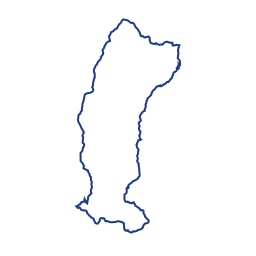 Voineasa, Vâlcea, Romania, rotated 291°
{"feature_id": "2599482B3202377792111", "entity_name": "Voineasa", "entity_type": "district", "adm_level": 2, "iso_a3": "ROU", "parent_name": "Romania", "parent_adm1": "Vâlcea", "projection": "natural_earth1", "projection_center": [23.841, 45.435], "detail": "fine", "context": "isolated", "style": "outline", "palette": "blue", "viewbox_px": 256, "rotation_deg": 291, "n_neighbors": 0, "source": "geoboundaries", "source_scale": "gbopen_adm2", "svg_char_len": 5823}
<svg xmlns="http://www.w3.org/2000/svg" viewBox="0 0 256 256"><g transform="rotate(291 128 128)"><path d="M33.7,171.2L34.9,172.9L36.0,173.6L37.1,174.8L37.4,175.5L37.9,176.1L39.2,177.0L39.4,177.3L39.9,177.2L40.6,177.5L41.5,177.2L44.3,177.8L45.4,178.7L46.1,180.2L47.2,180.8L48.2,180.8L48.6,180.4L49.5,180.1L49.9,178.7L50.8,176.9L51.2,175.8L53.0,174.5L53.7,173.2L54.6,172.7L55.9,172.4L56.3,172.1L56.4,171.8L56.5,170.9L56.3,170.4L55.8,170.0L55.8,169.4L56.2,168.6L56.7,168.2L57.2,167.1L57.2,166.3L57.9,164.0L58.0,163.8L58.1,162.7L59.7,161.2L59.9,160.2L60.6,159.9L60.4,159.6L60.1,159.7L59.6,159.1L59.4,158.5L58.9,158.1L58.9,157.5L59.1,156.9L58.7,156.2L58.9,155.7L58.8,155.0L58.9,154.5L59.2,154.1L58.8,153.6L58.3,152.5L58.3,152.0L59.9,150.4L62.1,149.4L62.8,149.3L63.5,148.9L64.8,148.6L65.5,149.3L66.5,149.7L67.4,149.8L70.1,148.9L70.2,148.7L70.9,148.6L71.2,148.3L71.7,148.5L71.9,149.6L72.3,149.9L73.2,149.6L73.1,148.9L74.2,148.9L75.5,149.2L77.9,150.8L79.3,151.4L80.7,152.2L81.5,153.3L82.0,153.6L83.0,154.5L84.4,155.3L85.8,155.5L86.7,155.9L87.8,155.9L91.0,154.5L91.7,153.9L92.8,153.6L95.7,152.1L97.1,151.1L98.3,151.0L99.3,149.4L100.9,148.2L101.9,148.4L103.1,148.0L105.5,146.4L107.6,146.6L109.6,145.8L111.0,145.8L112.1,144.9L113.2,143.3L115.7,141.8L116.3,142.2L117.3,141.9L118.7,142.2L120.0,142.0L120.5,142.3L120.9,143.5L121.8,144.2L121.9,143.6L125.1,141.1L125.9,141.4L126.7,141.3L127.4,141.4L129.2,140.8L129.7,139.7L131.5,138.4L132.7,138.1L133.9,138.3L135.6,136.7L136.8,136.2L139.1,137.3L139.6,137.3L141.1,136.1L142.1,135.7L142.7,135.0L143.1,134.8L144.4,134.9L145.6,135.2L147.4,135.5L148.4,136.0L150.2,137.5L151.4,136.8L153.1,137.0L154.7,136.9L156.0,136.0L158.5,136.0L159.9,135.8L160.3,135.6L160.6,135.8L163.0,135.7L164.6,136.7L166.5,137.4L167.2,137.8L168.0,137.6L169.0,137.7L170.6,137.6L171.7,137.9L174.5,139.3L176.1,139.6L177.4,140.4L177.6,140.6L177.6,141.1L179.1,142.5L178.7,142.7L179.0,143.1L178.8,143.7L179.3,144.0L179.4,144.6L180.4,144.8L181.2,145.6L181.7,145.8L181.8,146.3L182.1,146.6L182.6,146.8L183.0,147.2L184.3,147.5L185.0,147.9L185.2,148.2L185.2,149.0L187.3,150.0L188.5,150.0L189.5,150.6L189.6,150.8L190.2,150.7L191.0,151.1L192.5,150.7L193.3,151.0L196.2,150.8L197.5,152.0L198.9,152.8L200.6,152.7L201.4,152.0L201.5,152.1L201.2,152.5L201.2,153.0L201.7,152.7L201.9,152.8L201.9,153.0L202.3,152.8L202.4,153.3L202.7,152.8L203.2,153.3L203.4,153.1L203.4,152.8L203.9,153.0L204.3,152.6L204.4,152.8L203.8,153.8L204.4,153.2L205.3,153.1L206.0,152.6L205.7,153.3L205.0,153.6L204.2,154.5L205.1,153.9L206.2,153.8L209.4,152.2L209.9,151.7L210.0,151.2L210.5,150.1L211.1,149.3L212.7,149.0L213.1,148.8L214.9,148.6L216.0,148.2L216.3,147.8L217.3,147.6L218.2,146.9L218.8,146.9L220.1,146.5L224.6,146.2L223.8,146.1L223.5,145.8L223.2,145.2L223.3,144.6L223.0,143.4L222.2,142.6L222.1,141.9L221.0,140.6L221.1,140.1L221.3,139.8L223.2,139.2L223.5,138.7L223.2,137.8L222.7,137.1L222.8,136.1L222.4,135.2L222.7,134.3L222.6,133.6L221.6,132.1L220.6,131.2L218.4,130.5L217.7,128.6L216.9,127.6L217.0,126.8L216.7,125.4L217.2,123.8L216.8,123.2L216.0,123.0L215.4,119.0L215.7,118.4L216.9,117.5L217.2,117.1L218.0,116.7L219.7,116.2L220.8,114.3L219.9,113.2L219.5,112.4L218.5,111.4L218.5,110.9L219.0,109.5L219.0,109.2L218.7,108.9L218.7,108.4L218.9,108.3L218.6,106.9L219.3,106.5L220.0,105.7L221.3,104.6L222.9,102.8L223.2,101.9L224.0,101.2L224.5,99.8L225.2,98.6L227.5,96.1L227.8,95.3L227.8,94.6L227.2,93.1L228.2,89.7L228.4,88.0L227.8,86.2L227.8,84.9L227.0,84.1L223.1,83.5L222.7,83.1L221.0,82.4L217.3,82.0L215.8,81.1L215.6,80.8L215.5,80.5L213.6,79.7L212.4,79.0L211.3,77.8L209.3,78.0L208.2,77.8L207.0,77.3L202.7,80.0L202.5,79.4L201.8,78.7L199.6,77.3L197.4,77.1L196.6,76.8L193.8,76.9L191.7,76.3L188.7,78.1L187.2,78.1L185.1,77.4L183.2,77.6L181.9,77.5L178.8,76.2L177.7,76.1L176.7,76.3L174.5,75.4L172.8,75.6L171.5,75.2L170.3,75.2L168.3,76.0L167.1,77.3L163.0,78.9L161.7,78.7L159.7,78.9L154.5,80.1L153.3,79.9L152.5,80.9L151.0,82.0L150.2,82.0L149.4,81.8L147.7,80.6L146.9,79.4L146.7,78.7L145.4,77.0L143.8,75.7L138.6,76.5L137.8,76.8L136.2,76.7L135.6,76.9L134.2,76.8L131.5,77.7L129.2,78.0L128.1,78.6L127.2,78.6L126.1,78.1L124.4,78.3L123.1,77.5L121.7,77.3L119.5,78.0L117.8,78.2L116.2,79.3L112.6,83.3L111.6,84.2L108.1,88.4L105.6,88.2L104.5,88.3L103.8,88.7L103.3,89.5L98.7,90.7L97.9,91.0L97.4,92.6L97.1,92.8L95.8,93.3L95.0,93.4L93.5,93.0L91.4,93.4L90.4,93.5L89.3,93.3L87.5,92.7L80.2,95.6L78.8,98.2L77.1,100.3L76.5,100.6L75.5,100.5L74.5,100.8L74.2,101.6L74.4,102.3L74.2,102.6L74.0,103.5L74.2,104.5L73.7,105.5L73.8,106.0L73.0,106.4L72.4,106.9L71.6,108.1L70.7,108.9L70.1,109.1L69.7,109.4L69.4,109.7L69.3,110.5L69.0,110.9L68.3,111.3L66.9,111.6L66.1,112.0L65.3,113.0L64.1,113.8L63.1,113.8L62.0,114.2L59.6,115.7L57.5,115.6L56.0,115.8L55.1,116.3L54.1,117.2L52.4,116.7L50.5,115.7L48.9,115.5L47.6,116.1L46.3,116.2L42.9,116.9L43.0,116.4L44.2,115.5L45.7,113.3L46.1,112.9L45.5,113.0L44.3,113.7L43.6,113.8L43.6,113.3L43.0,112.7L43.0,112.2L42.7,112.0L42.3,111.3L41.6,111.3L41.0,110.7L39.8,110.8L39.5,110.7L38.8,109.6L37.0,108.8L36.4,107.8L36.1,108.3L35.4,109.9L36.0,110.6L36.4,110.8L36.3,111.5L36.1,112.0L35.1,113.1L34.9,113.9L35.1,114.9L35.2,116.5L35.8,117.7L35.7,118.7L35.3,119.4L34.1,120.2L33.7,120.8L33.5,121.4L32.4,123.0L31.9,124.8L31.3,125.8L31.1,127.5L31.1,128.4L29.7,129.1L29.2,130.0L27.8,131.3L27.6,131.7L27.6,133.5L27.9,134.0L31.5,135.0L32.6,134.5L33.2,134.5L34.3,135.2L34.5,135.9L34.4,136.7L35.0,137.3L35.0,138.3L33.4,139.7L33.2,140.4L32.9,140.8L32.9,141.0L33.4,141.4L33.6,141.8L33.8,143.0L33.6,143.6L33.8,145.2L34.2,147.0L35.2,148.5L35.9,150.3L36.7,151.0L37.6,152.6L37.8,153.6L37.7,154.5L38.1,155.3L37.8,156.7L37.9,157.6L37.6,158.3L36.0,158.9L34.2,159.9L33.3,160.1L32.3,161.2L32.0,161.2L31.4,162.2L31.5,162.6L31.4,163.0L31.6,163.5L32.6,164.4L31.8,165.0L31.6,166.5L31.5,166.9L31.7,167.5L31.6,168.6L32.0,169.2L33.4,169.8L33.7,171.2Z" fill="none" stroke="#1e3a8a" stroke-width="2"/></g></svg>